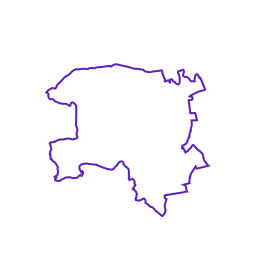 outline of Axtla de Terrazas, San Luis Potosí, Mexico, rotated 114°
{"feature_id": "50627088B25246558937537", "entity_name": "Axtla de Terrazas", "entity_type": "district", "adm_level": 2, "iso_a3": "MEX", "parent_name": "Mexico", "parent_adm1": "San Luis Potosí", "projection": "robinson", "projection_center": [-98.863, 21.424], "detail": "fine", "context": "isolated", "style": "outline", "palette": "violet", "viewbox_px": 256, "rotation_deg": 114, "n_neighbors": 0, "source": "geoboundaries", "source_scale": "gbopen_adm2", "svg_char_len": 5782}
<svg xmlns="http://www.w3.org/2000/svg" viewBox="0 0 256 256"><g transform="rotate(114 128 128)"><path d="M205.3,173.1L204.9,170.7L204.1,168.8L202.2,167.7L200.9,166.6L198.8,165.1L198.5,164.3L197.0,162.1L196.4,160.3L196.4,159.1L196.0,157.6L195.1,155.7L194.5,154.8L193.6,154.0L192.5,153.6L192.4,153.6L190.6,152.6L190.7,150.8L188.8,150.6L187.6,150.7L186.5,151.3L186.1,152.1L187.5,152.6L186.4,153.7L186.2,154.5L185.1,155.6L183.8,156.4L182.0,156.7L180.3,155.8L179.8,155.3L177.4,151.9L177.3,150.9L174.7,142.8L174.7,142.0L174.4,141.8L174.5,140.3L174.4,136.9L174.3,134.8L173.8,130.5L173.0,126.6L172.0,125.1L171.0,124.3L169.8,124.3L167.2,123.1L164.5,122.6L162.8,122.2L162.2,121.8L161.3,120.6L161.1,120.1L160.9,119.5L161.0,118.9L163.1,116.9L163.9,115.2L164.5,113.5L164.7,112.1L165.5,110.8L166.1,110.2L167.3,109.5L170.3,108.3L172.2,106.9L173.2,107.2L174.9,105.6L172.7,103.4L173.6,100.8L174.3,100.1L175.3,99.7L176.1,99.7L177.1,98.0L180.7,98.8L181.1,98.1L181.8,97.3L182.0,97.7L182.2,96.8L182.3,96.6L182.6,95.5L183.4,94.2L184.1,93.5L185.2,92.8L186.5,92.9L187.5,92.2L188.1,92.2L189.1,92.3L190.4,92.0L190.6,91.8L190.7,91.3L190.7,90.9L190.2,90.0L190.0,88.7L189.8,88.2L187.6,86.1L186.5,85.5L186.0,85.0L185.9,84.8L186.0,84.2L186.5,83.3L187.1,82.6L187.8,82.1L189.5,81.4L189.5,80.4L190.0,78.0L190.2,77.8L190.7,75.9L190.6,72.8L192.2,69.4L192.4,68.8L194.5,61.0L194.2,60.5L193.5,60.5L191.4,59.8L190.2,59.7L188.0,60.2L186.7,61.0L186.1,61.8L185.5,62.0L183.7,63.0L181.3,63.4L178.5,63.6L177.3,63.9L177.4,64.5L176.9,65.6L176.9,66.1L176.3,66.3L174.7,67.0L174.3,66.7L164.7,52.0L162.9,49.7L162.1,48.2L161.8,48.6L157.1,52.0L157.2,54.1L153.3,49.3L151.9,50.3L148.8,51.1L147.5,51.7L147.4,51.3L147.2,51.3L144.6,52.0L144.2,51.8L142.8,51.7L135.6,50.5L137.2,48.9L137.1,48.5L129.7,39.1L129.5,39.9L126.4,45.6L121.6,49.1L120.9,49.9L120.5,51.9L119.9,52.9L119.8,53.9L119.5,55.3L117.9,59.1L116.9,61.3L117.3,61.9L118.7,62.4L120.2,62.3L121.5,63.1L122.3,63.3L123.1,63.7L124.3,63.9L125.1,64.2L125.6,64.6L126.4,65.5L126.9,65.6L126.1,66.8L125.6,66.9L125.5,67.3L124.8,67.6L124.7,68.0L124.7,69.1L123.7,69.4L124.4,70.5L122.1,71.2L121.4,70.5L120.2,69.5L119.5,69.2L119.1,68.8L118.3,68.5L117.5,68.3L117.1,68.4L116.5,68.3L115.7,68.6L113.8,68.3L112.9,68.7L111.6,68.2L111.3,68.1L110.8,68.7L109.8,68.7L109.0,69.2L108.6,69.2L107.3,69.6L106.9,69.4L105.4,69.5L104.9,69.4L103.9,70.2L100.4,70.6L98.8,71.2L95.2,73.0L92.8,68.1L87.0,72.7L89.1,77.1L83.7,80.4L80.7,82.1L78.3,83.9L77.7,83.5L77.0,82.5L76.6,81.2L75.5,80.9L75.0,80.9L74.0,81.4L73.7,81.9L73.7,83.0L73.8,83.7L74.2,84.2L74.2,84.5L73.6,84.3L72.3,83.5L69.5,81.3L68.5,80.4L67.7,79.8L67.3,79.3L67.0,79.0L66.4,78.7L65.2,77.3L64.5,76.2L63.3,75.1L62.3,73.7L61.5,73.1L54.1,80.9L53.3,81.9L52.9,82.2L53.3,82.6L53.4,82.9L53.3,83.1L53.1,83.3L52.2,83.7L51.9,84.4L51.8,85.0L51.6,85.2L51.5,85.5L50.8,86.0L50.7,86.4L50.8,86.8L51.4,87.7L54.3,87.7L56.0,87.1L58.2,86.1L58.5,86.2L58.6,86.3L58.7,87.4L59.5,89.1L59.4,90.1L59.2,90.5L58.1,92.2L57.4,94.7L57.4,95.1L58.3,96.9L58.1,98.2L57.9,98.9L57.2,99.4L54.7,99.5L53.0,100.3L52.6,100.7L52.5,101.0L52.5,101.5L52.7,102.0L54.3,103.2L55.3,104.8L55.7,105.1L56.1,105.1L56.9,104.9L58.1,103.8L58.5,103.2L59.2,102.6L60.6,101.6L63.0,100.3L64.4,99.7L65.6,99.3L66.7,99.3L67.6,99.6L67.9,100.1L68.0,100.8L67.9,102.3L67.1,103.5L67.0,104.1L67.0,105.8L66.8,106.2L66.4,106.6L65.7,107.4L65.7,107.7L66.1,108.6L66.4,109.1L66.9,109.3L67.3,109.3L67.8,109.1L68.8,108.2L69.1,108.1L69.4,108.2L69.5,108.5L69.4,108.6L68.6,109.0L68.0,110.1L68.1,110.6L68.9,111.6L70.1,112.3L70.4,112.8L70.4,113.0L70.3,113.4L69.9,113.6L68.6,114.0L68.3,114.2L67.5,115.7L66.0,116.8L65.3,117.4L65.3,117.7L64.7,118.2L64.6,118.5L63.4,119.0L62.6,119.8L61.8,120.4L62.3,122.0L62.9,122.5L66.5,128.6L68.2,130.7L69.3,135.1L69.2,136.2L68.6,137.5L68.8,138.0L69.0,139.1L69.7,141.9L70.2,143.5L71.4,146.6L71.7,149.8L72.1,152.0L72.2,152.9L74.4,164.3L75.0,165.7L77.7,168.0L78.4,168.2L79.0,169.0L78.7,169.9L81.9,175.3L83.1,176.8L83.1,177.3L85.6,181.6L86.7,182.5L86.9,182.8L87.3,183.5L87.7,185.3L89.1,187.6L90.6,188.7L91.5,191.8L92.9,194.5L94.7,197.2L95.5,199.6L98.2,201.7L100.5,202.7L101.5,203.0L104.5,204.3L106.0,205.6L107.1,206.4L108.7,207.0L109.5,207.1L117.9,210.3L120.7,210.1L121.7,210.8L122.3,213.5L124.6,215.3L126.4,216.3L127.4,216.7L128.4,216.8L128.7,216.9L128.6,216.5L128.7,215.7L129.2,214.8L129.7,214.4L131.1,213.9L132.2,213.1L132.8,212.5L133.1,211.7L133.3,211.0L132.9,209.6L132.3,208.3L132.6,207.2L132.9,206.8L133.2,205.8L133.3,205.7L133.3,205.0L133.2,201.7L132.9,199.3L132.3,197.1L131.4,195.1L131.1,194.0L131.1,193.0L131.2,191.8L131.5,190.9L131.5,190.4L131.4,190.0L131.1,189.7L129.3,190.2L128.1,190.0L127.5,189.7L127.3,189.3L127.2,188.8L127.1,188.4L127.3,187.4L128.3,185.2L128.9,184.2L145.6,177.0L146.1,177.1L149.5,173.9L150.8,173.2L152.0,173.2L154.4,172.6L155.2,172.2L156.1,171.1L157.2,170.4L158.0,170.6L159.2,171.8L159.6,172.0L161.0,174.0L161.5,177.4L162.1,178.4L162.7,179.9L163.5,180.6L163.6,181.2L164.1,181.5L164.6,181.9L165.2,183.7L165.9,184.6L166.1,185.2L166.4,185.5L166.6,186.2L167.8,187.2L168.0,187.5L169.7,188.8L169.9,189.3L170.5,189.2L170.7,189.4L171.1,190.1L171.2,190.6L171.9,191.2L172.6,192.8L173.2,193.1L173.7,193.2L174.2,193.1L174.7,192.2L175.3,191.7L176.0,191.5L176.2,191.2L177.5,190.1L178.5,189.5L179.7,189.3L180.3,189.5L181.4,189.6L181.8,189.5L182.4,188.7L183.0,188.8L183.2,188.5L183.6,188.5L183.9,188.7L184.2,188.7L184.3,188.6L184.6,187.6L185.6,187.2L185.8,186.9L187.1,186.5L187.8,186.2L187.9,185.6L187.6,185.1L187.6,184.8L188.0,184.4L188.5,184.0L188.8,183.5L188.9,182.1L189.6,179.7L190.1,179.1L191.1,178.0L191.4,177.4L192.3,176.1L193.4,175.9L194.7,175.5L195.2,174.9L196.3,174.1L198.1,173.8L198.9,173.3L199.2,173.3L199.9,173.5L201.0,174.4L201.6,174.1L201.5,173.8L201.9,173.4L202.5,173.5L203.0,173.7L203.0,174.4L203.7,173.5L204.4,173.9L205.3,173.1Z" fill="none" stroke="#5b21b6" stroke-width="2"/></g></svg>